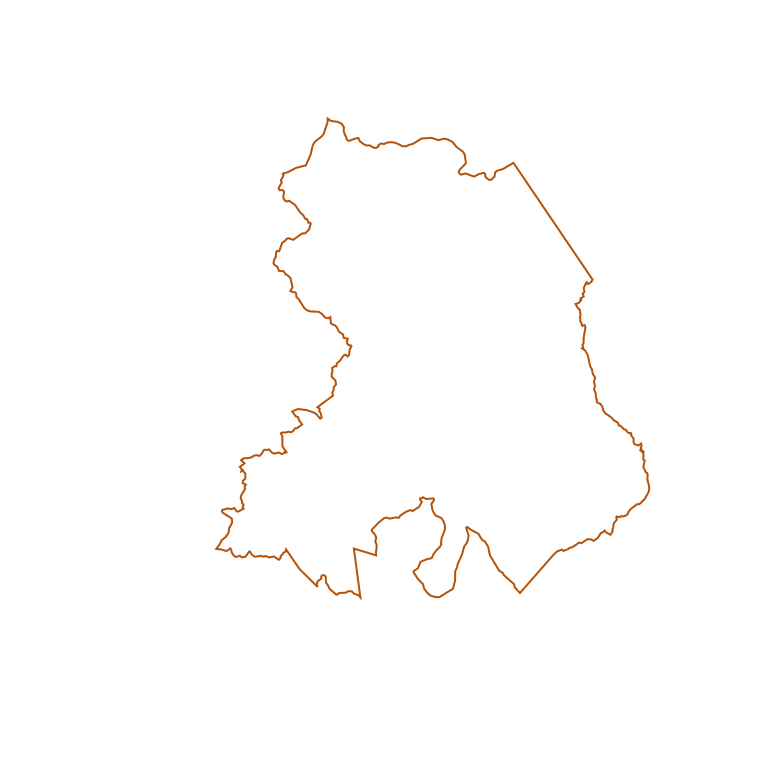 San Carlos, Alajuela, Costa Rica (orthographic projection), rotated 326°
{"feature_id": "36466004B93009353653886", "entity_name": "San Carlos", "entity_type": "district", "adm_level": 2, "iso_a3": "CRI", "parent_name": "Costa Rica", "parent_adm1": "Alajuela", "projection": "orthographic", "projection_center": [-84.486, 10.62], "detail": "fine", "context": "isolated", "style": "outline", "palette": "amber", "viewbox_px": 768, "rotation_deg": 326, "n_neighbors": 0, "source": "geoboundaries", "source_scale": "gbopen_adm2", "svg_char_len": 6166}
<svg xmlns="http://www.w3.org/2000/svg" viewBox="0 0 768 768"><g transform="rotate(326 384 384)"><path d="M615.0,273.0L602.8,272.3L597.5,270.6L595.3,270.6L594.1,271.1L591.8,273.7L586.9,274.7L585.1,273.3L584.0,269.8L584.1,268.4L585.4,266.4L584.7,264.7L580.2,263.1L574.6,262.4L569.5,255.2L564.9,253.5L564.2,251.3L564.7,249.7L566.4,248.7L575.0,246.9L576.3,245.2L579.3,238.4L579.3,235.4L576.7,228.2L576.1,221.6L573.8,217.3L571.0,214.2L565.6,212.4L561.0,206.5L552.4,201.5L542.5,201.1L538.4,199.7L535.8,199.5L532.5,197.5L528.5,190.6L525.0,187.4L521.3,185.5L518.2,185.1L516.5,183.3L515.2,182.8L512.9,182.9L511.8,184.1L509.6,183.8L507.9,182.8L505.5,178.1L502.8,176.4L501.0,173.3L499.7,169.0L500.3,165.7L497.3,164.4L491.0,162.9L490.1,161.9L489.9,159.9L490.9,157.9L490.9,155.6L492.1,151.6L494.3,148.8L494.5,144.7L492.2,140.8L487.0,136.1L485.8,132.4L483.4,135.6L473.6,143.1L470.9,143.9L462.4,144.5L458.7,146.1L451.2,152.9L441.5,159.1L432.1,155.7L422.7,154.6L417.7,153.0L417.2,155.1L412.3,157.5L412.0,159.7L406.1,162.7L405.8,165.0L408.4,166.6L408.7,168.9L405.4,172.1L404.4,174.1L404.6,177.2L405.2,178.1L407.8,179.0L410.4,185.7L410.4,194.7L411.4,198.8L411.1,203.1L412.4,204.2L411.6,208.0L412.9,208.9L412.9,210.1L408.3,214.0L403.0,215.0L400.2,213.4L389.3,213.7L386.6,210.0L384.8,209.2L382.2,210.0L378.6,210.0L371.4,215.3L369.8,213.9L368.3,214.4L365.5,218.1L362.4,219.5L359.8,222.3L359.8,224.0L361.1,227.1L360.3,231.7L363.8,234.3L363.8,238.1L364.8,239.8L365.7,243.9L362.1,252.9L358.4,254.4L359.3,256.2L361.8,258.5L361.6,260.1L360.0,263.1L360.7,265.7L360.4,276.7L361.3,279.6L363.2,282.4L370.3,287.7L371.7,291.1L372.3,295.9L374.6,298.4L377.0,298.5L374.2,303.3L374.0,304.8L376.0,307.9L376.7,310.3L375.9,315.5L377.7,320.0L376.4,323.2L379.3,326.3L376.8,328.2L376.1,330.0L376.4,332.0L378.3,333.8L378.1,334.5L374.6,336.4L371.3,340.4L369.2,340.8L368.8,338.7L367.6,337.8L366.4,337.8L360.7,340.0L356.3,340.6L354.4,342.7L353.4,341.8L349.9,341.7L348.6,344.4L345.9,346.9L344.7,349.0L345.7,353.9L344.0,357.5L340.6,358.5L338.7,361.0L336.2,362.2L335.3,365.1L315.8,366.0L316.9,368.5L315.3,369.9L315.1,373.2L313.5,377.1L311.7,377.1L311.2,372.0L310.3,369.1L305.4,362.5L298.8,356.7L294.0,355.6L292.5,355.5L292.7,361.3L294.3,363.4L293.3,366.0L293.5,371.8L287.3,371.9L285.1,371.0L283.3,372.0L280.7,372.2L279.7,371.9L278.4,370.2L275.7,369.4L272.3,367.2L271.0,367.1L270.3,370.8L264.9,379.0L265.0,386.1L264.1,386.0L263.6,385.0L261.0,385.4L259.7,384.4L258.6,382.1L253.9,380.2L252.9,378.6L252.0,373.8L249.8,373.2L248.5,371.8L247.2,371.6L243.9,373.3L240.7,374.0L238.5,371.8L236.6,370.8L233.1,370.7L229.6,369.3L226.6,367.3L223.0,367.2L224.0,371.8L218.1,372.1L218.5,375.1L216.9,376.6L218.8,376.7L218.5,378.7L219.0,380.8L216.1,384.8L212.9,385.4L211.4,387.2L213.2,390.2L211.1,391.2L210.1,393.3L203.3,396.5L201.2,398.7L200.9,401.4L199.8,403.2L200.1,405.5L197.7,407.2L197.9,408.9L191.6,408.2L190.5,407.1L190.6,403.3L187.4,402.3L184.8,399.7L179.3,398.0L178.5,398.8L178.3,400.6L182.5,410.1L182.0,412.0L180.0,414.4L175.0,416.9L171.9,420.4L166.9,422.4L162.0,422.7L158.4,424.9L152.7,427.0L156.8,430.4L159.7,434.1L161.2,434.6L164.6,434.3L164.6,435.9L163.5,438.8L163.5,442.0L163.9,443.6L164.8,444.7L168.5,445.8L169.3,448.4L172.7,449.7L178.3,447.6L179.1,447.8L179.0,451.6L180.2,454.8L186.2,458.0L187.6,459.8L189.8,460.5L191.7,463.5L196.3,465.4L198.5,470.9L200.9,470.5L202.0,468.9L204.7,468.5L206.2,467.7L208.7,467.9L210.3,466.4L210.5,490.3L215.5,515.1L216.1,512.5L218.9,510.4L223.1,510.4L224.3,508.5L225.5,508.0L227.4,509.0L228.0,511.1L224.8,516.4L225.0,520.1L224.4,521.8L224.4,523.7L226.6,531.7L227.3,532.5L229.8,532.2L235.8,535.7L238.7,535.8L241.4,538.1L241.8,540.8L244.9,545.2L245.1,547.7L267.0,503.6L281.6,521.6L282.9,519.4L286.7,515.2L288.2,512.5L288.5,510.0L291.7,506.9L292.3,504.1L291.7,499.4L292.4,498.0L302.4,495.8L309.6,495.3L311.6,496.4L313.5,498.8L319.3,501.3L321.5,503.2L324.2,502.2L331.2,502.3L335.8,503.5L336.6,505.3L344.3,505.5L349.5,502.9L349.2,500.4L350.2,498.9L351.6,499.9L353.0,499.7L354.5,502.8L360.9,506.4L361.0,507.6L360.3,508.4L356.2,509.9L353.5,516.2L353.2,521.7L356.6,527.2L356.6,530.8L355.7,534.6L353.4,538.6L345.9,543.7L342.5,547.5L341.8,549.0L339.2,550.3L334.7,551.1L329.6,552.9L326.7,554.8L325.0,554.8L322.7,553.5L314.9,551.8L309.3,555.7L303.8,555.7L303.2,557.3L303.1,565.0L304.4,571.6L302.8,576.4L303.2,582.1L304.5,585.9L308.0,589.9L310.8,591.7L326.8,592.3L333.1,586.6L338.1,579.3L342.6,576.4L344.1,574.7L353.4,568.9L359.6,563.6L363.7,562.1L366.4,560.1L369.4,557.0L371.5,549.7L372.0,548.9L373.1,549.1L374.4,553.3L378.5,560.9L378.1,568.4L379.6,570.8L379.4,576.9L376.0,585.3L375.1,603.0L376.9,607.5L376.5,609.6L379.9,622.7L378.7,625.6L379.8,633.3L428.9,620.4L434.1,619.6L438.9,620.8L439.2,622.6L444.0,623.8L447.0,623.7L448.1,624.5L452.9,624.7L457.0,624.5L458.8,626.4L466.1,626.4L468.8,628.7L470.0,631.3L475.4,631.1L480.6,628.8L482.4,629.3L485.0,628.9L485.3,631.5L487.4,635.6L491.0,634.1L492.0,632.4L493.4,631.7L496.3,628.1L501.1,626.7L502.0,624.4L502.7,623.9L505.0,626.2L506.8,626.2L508.3,627.6L511.3,628.4L513.2,628.1L514.9,626.8L518.9,625.6L526.8,625.2L528.3,626.3L529.7,626.3L535.9,625.1L542.9,621.5L545.3,619.2L546.8,616.5L548.9,610.5L551.9,606.6L552.3,604.9L551.6,603.0L552.2,602.0L552.4,598.1L557.3,593.2L556.7,591.6L559.8,587.5L560.0,585.5L561.3,585.4L561.2,584.6L559.9,583.8L559.5,582.3L561.0,582.2L560.9,580.6L562.7,579.6L563.9,577.2L560.5,577.2L558.0,573.9L558.3,571.8L560.4,568.8L560.2,564.5L561.1,563.7L561.2,562.5L559.6,561.7L558.9,560.0L559.1,557.6L557.6,555.6L556.7,550.8L555.5,549.8L556.2,547.0L554.1,542.1L553.9,539.2L551.0,531.7L551.0,528.6L552.3,525.0L552.3,521.4L550.5,518.9L550.3,517.5L551.7,516.3L551.9,514.1L554.4,509.8L555.0,506.2L558.0,503.2L559.3,499.6L562.7,496.6L562.7,492.4L564.6,488.0L564.9,484.4L569.1,474.0L569.5,468.9L568.2,465.2L569.4,465.4L570.3,462.7L572.2,461.8L575.5,457.2L582.6,449.8L583.3,447.4L581.1,446.8L580.8,445.7L581.6,444.6L582.0,441.1L583.1,440.1L583.7,438.2L585.4,436.9L587.8,432.1L587.2,429.3L587.5,424.8L590.6,425.7L594.5,424.6L594.2,423.4L594.8,423.0L598.5,423.2L599.3,420.1L601.6,419.8L603.2,416.2L607.5,413.4L609.1,413.1L608.6,414.8L609.5,415.3L612.8,415.3L615.3,414.2L615.0,273.0Z" fill="none" stroke="#b45309" stroke-width="2"/></g></svg>